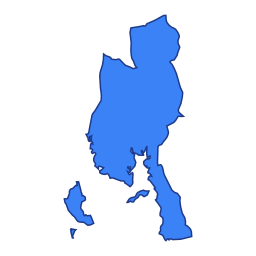 map outline of Veraguas (Equal Earth projection)
{"feature_id": "PAN-1341", "entity_name": "Veraguas", "entity_type": "Province", "adm_level": 1, "iso_a3": "PAN", "parent_name": "Panama", "parent_adm1": "", "projection": "equal_earth", "projection_center": [-81.249, 8.046], "detail": "fine", "context": "isolated", "style": "filled", "palette": "blue", "viewbox_px": 256, "rotation_deg": 0, "n_neighbors": 0, "source": "natural_earth", "source_scale": "10m", "svg_char_len": 5778}
<svg xmlns="http://www.w3.org/2000/svg" viewBox="0 0 256 256"><path d="M131.0,27.9L134.8,27.3L139.2,26.6L143.5,25.7L144.3,26.2L145.2,25.9L146.1,25.1L146.9,23.8L154.7,20.4L162.3,16.2L164.0,15.4L165.9,15.4L165.9,16.5L166.0,16.9L166.1,19.7L166.4,20.9L167.0,22.5L168.1,24.0L168.8,24.9L170.6,26.5L172.3,27.6L174.1,28.3L175.2,29.0L175.9,29.6L178.0,32.8L178.7,34.3L179.3,36.2L178.8,38.2L178.2,39.9L177.9,41.5L178.3,43.9L178.7,45.0L179.3,45.8L179.5,46.5L179.7,47.5L178.1,51.6L177.0,55.5L174.2,59.9L171.1,60.6L169.9,62.0L172.1,64.5L174.1,68.2L176.4,73.7L180.3,87.3L182.7,92.6L182.3,96.9L180.9,103.6L178.3,109.8L178.7,112.1L183.4,116.3L181.1,116.5L180.2,116.2L178.9,116.2L177.9,116.7L175.7,120.3L174.0,122.3L170.5,124.2L166.8,126.0L168.4,131.9L168.2,134.0L167.2,136.6L166.4,138.1L163.6,141.5L161.5,144.5L158.9,145.4L158.4,146.0L157.9,147.3L157.5,162.4L157.9,165.5L160.3,164.7L161.3,165.2L161.7,165.8L162.4,167.2L163.0,169.3L163.7,173.1L164.3,174.9L172.0,190.3L174.9,192.6L177.0,193.2L177.6,193.7L180.2,197.2L179.9,200.9L180.6,206.7L182.2,213.1L184.8,217.8L185.4,220.9L185.5,222.9L185.3,224.3L185.3,224.9L186.8,225.6L187.7,226.3L189.8,228.4L190.8,229.9L191.4,231.8L191.7,236.5L180.8,239.2L172.9,239.6L170.8,238.8L170.1,238.8L169.6,239.6L169.1,239.9L168.6,239.6L168.1,238.8L167.4,238.8L166.0,240.6L164.9,239.7L163.3,236.2L162.8,235.6L162.0,234.9L161.2,234.5L160.2,234.2L159.3,233.8L159.2,232.9L159.7,231.9L160.2,231.5L160.6,230.9L160.5,228.0L160.6,226.9L161.1,226.0L162.2,224.8L162.6,224.2L163.0,222.4L163.1,219.9L162.6,217.7L160.1,215.6L160.1,213.1L161.2,209.0L160.7,207.2L157.1,202.0L156.8,201.7L156.0,200.8L155.5,199.8L156.8,198.9L157.0,197.7L157.1,196.4L157.5,195.2L157.6,193.7L156.7,191.8L155.3,190.1L154.3,189.2L154.3,188.3L155.1,188.3L155.1,187.4L150.2,180.9L149.3,180.2L148.5,179.9L148.1,179.4L148.3,178.2L148.7,177.0L149.5,176.2L150.5,175.9L151.7,176.3L151.2,175.1L150.1,174.0L148.8,173.1L147.9,172.7L147.8,172.1L149.6,168.0L148.5,168.1L147.6,168.0L146.8,167.6L146.2,167.0L146.5,166.9L146.8,167.0L146.9,166.8L146.9,166.2L144.6,165.6L143.7,163.7L143.7,161.7L144.5,160.7L145.0,160.4L145.5,159.8L146.2,159.2L147.2,158.9L148.5,158.9L149.5,158.6L150.1,157.8L150.2,156.1L149.6,156.1L147.4,157.8L146.7,154.3L146.9,146.0L144.7,151.3L143.2,153.1L142.1,150.6L141.5,150.6L141.7,152.0L142.1,153.0L142.6,153.8L143.5,154.3L143.5,155.2L139.0,155.2L138.1,154.9L136.8,153.7L135.6,153.4L133.1,152.4L132.6,150.3L132.3,148.3L130.5,147.8L131.5,148.4L131.8,148.8L131.9,149.7L130.6,150.3L130.8,151.4L132.6,153.4L134.3,154.6L134.6,154.8L134.4,155.9L134.1,156.9L134.0,157.7L135.8,162.4L134.9,165.9L132.6,168.7L130.5,170.8L130.1,169.7L130.0,169.0L130.2,168.6L130.5,168.0L130.5,167.0L129.1,166.9L127.7,167.0L127.7,168.0L128.8,168.4L129.4,169.2L130.5,171.7L129.2,172.4L128.6,172.3L127.7,171.7L128.5,173.3L129.2,174.5L129.8,174.5L131.1,173.5L132.6,172.7L133.0,174.2L132.6,180.0L132.8,181.6L132.8,182.5L132.6,183.7L132.2,184.3L131.0,185.7L130.5,186.5L129.8,186.5L128.9,185.7L125.7,183.4L125.0,183.2L124.5,181.5L123.2,180.9L120.9,180.9L112.7,177.9L110.0,178.2L109.6,176.6L108.9,175.3L108.1,174.2L107.3,173.6L105.0,174.4L102.1,174.0L99.9,172.8L99.7,170.8L100.6,170.4L102.4,169.1L103.6,167.7L99.6,166.2L98.5,166.6L98.4,169.0L96.1,166.8L95.0,166.2L95.0,165.3L95.6,164.1L95.1,163.0L94.2,161.8L93.7,160.3L93.8,158.1L94.3,156.7L95.7,154.3L95.7,153.4L95.0,152.8L94.3,152.5L93.6,152.7L92.9,153.4L92.3,153.4L91.6,152.5L91.6,151.5L92.5,150.5L92.5,149.5L91.7,148.8L90.2,148.8L90.5,146.8L90.6,144.5L91.2,143.3L92.9,144.1L92.7,142.9L92.3,142.1L90.9,140.5L91.4,139.5L91.2,137.5L91.6,135.9L90.4,136.6L89.8,136.4L89.6,136.5L89.6,138.2L90.1,140.1L90.2,141.0L89.9,141.5L89.2,141.3L88.6,140.9L88.3,140.1L88.2,139.2L87.9,137.7L86.1,134.4L86.3,134.4L88.3,133.7L88.7,132.6L89.1,131.0L89.3,129.4L91.9,116.0L92.3,114.6L92.7,113.7L95.2,110.5L100.2,102.0L100.7,101.4L100.9,101.1L101.1,100.4L101.4,96.4L101.1,92.4L100.5,88.2L100.2,83.2L99.8,76.5L99.9,74.6L100.2,72.3L102.5,64.9L103.4,59.5L103.6,54.0L106.1,55.8L109.2,56.8L110.3,57.4L110.9,57.9L111.4,59.2L116.0,59.7L118.6,59.0L119.5,59.3L124.1,64.1L125.8,65.5L129.8,66.9L132.0,68.1L133.1,68.5L133.9,68.5L136.7,67.6L135.1,65.6L134.3,63.5L133.9,62.3L133.5,61.1L132.7,60.0L131.9,58.3L131.3,55.5L130.9,50.5L131.2,42.4L130.0,32.5L130.7,29.1L130.7,28.4L131.0,27.9ZM86.0,214.9L87.2,215.8L90.3,215.4L90.9,216.3L93.7,223.3L91.8,224.3L89.6,225.1L87.5,225.1L84.1,222.4L79.8,222.0L77.9,221.4L76.8,220.2L74.4,216.7L72.5,215.2L68.4,210.4L66.1,204.0L65.3,203.0L65.0,202.4L64.3,198.9L64.7,198.8L66.7,198.8L67.7,198.4L67.7,197.9L68.9,194.9L69.1,194.8L69.4,193.2L69.4,192.0L69.5,190.9L70.1,189.7L70.9,189.0L72.7,188.5L75.5,185.7L76.5,185.0L76.5,185.5L77.3,185.5L77.0,184.5L76.8,182.8L76.5,181.8L77.3,181.8L77.3,182.8L77.9,182.8L77.8,182.1L78.0,181.9L78.3,181.9L78.6,181.8L80.9,190.5L81.0,192.0L81.2,192.3L82.0,193.9L82.0,194.3L81.9,195.4L82.0,195.7L82.3,195.8L83.1,195.6L83.4,195.7L84.3,196.5L84.9,196.8L85.3,197.6L85.4,199.8L84.9,200.4L81.7,202.0L81.6,202.9L80.8,206.8L80.6,207.5L81.2,209.2L83.0,211.3L83.4,212.7L83.6,214.1L84.0,215.2L84.7,215.7L85.4,214.9L86.0,214.9ZM137.4,192.9L138.7,192.0L140.5,191.1L143.5,190.2L144.8,190.8L146.1,191.0L149.0,191.0L147.8,193.9L147.0,195.2L145.9,195.7L144.8,196.4L144.0,196.6L143.1,196.1L142.5,195.4L141.9,195.0L141.3,194.8L140.4,194.8L139.4,195.1L138.9,195.8L138.5,196.7L138.0,197.4L135.2,199.3L133.8,201.5L133.2,202.0L132.4,202.0L131.5,201.7L130.7,201.4L130.5,201.2L127.8,202.5L127.1,202.4L128.1,200.7L129.0,199.3L130.1,198.3L131.3,197.7L134.9,196.9L135.9,195.7L136.5,194.2L137.4,192.9ZM71.7,229.7L72.7,229.2L73.5,229.3L74.5,229.6L75.8,229.7L74.6,231.0L73.3,234.5L72.4,236.2L72.8,236.8L73.2,237.9L72.4,237.9L70.9,231.8L71.1,230.7L70.7,229.9L70.6,229.5L71.1,228.8L71.4,228.8L71.7,228.9L71.8,229.1L71.7,229.7Z" fill="#3b82f6" stroke="#1e3a8a" stroke-width="1.5"/></svg>